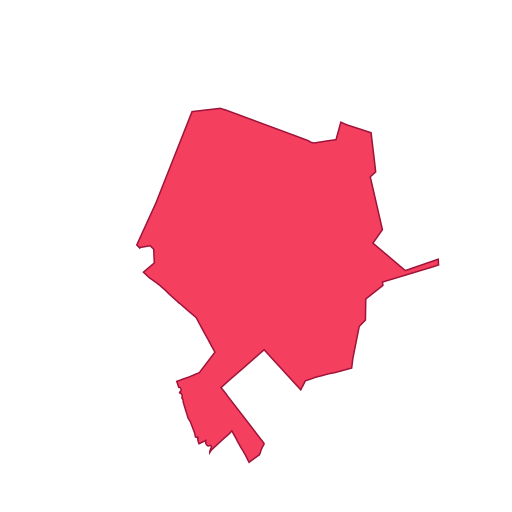 the district of San José del Progreso, Oaxaca, Mexico, rotated 228°
{"feature_id": "50627088B45737045838114", "entity_name": "San José del Progreso", "entity_type": "district", "adm_level": 2, "iso_a3": "MEX", "parent_name": "Mexico", "parent_adm1": "Oaxaca", "projection": "natural_earth1", "projection_center": [-96.692, 16.675], "detail": "fine", "context": "isolated", "style": "filled", "palette": "rose", "viewbox_px": 512, "rotation_deg": 228, "n_neighbors": 0, "source": "geoboundaries", "source_scale": "gbopen_adm2", "svg_char_len": 4604}
<svg xmlns="http://www.w3.org/2000/svg" viewBox="0 0 512 512"><g transform="rotate(228 256 256)"><path d="M111.4,136.6L111.9,136.7L112.3,136.7L112.6,136.7L112.9,136.7L113.3,136.8L114.4,136.9L115.9,137.0L116.9,137.0L117.8,137.1L120.4,137.3L124.8,137.6L126.2,137.8L127.8,137.9L130.0,138.1L155.5,140.0L171.5,141.2L172.4,141.3L173.2,141.5L181.7,142.0L181.6,143.2L181.6,143.5L181.6,151.5L181.6,153.4L181.3,168.5L181.2,176.1L180.9,199.3L175.3,199.3L174.8,199.4L171.3,199.3L164.9,199.4L155.8,199.5L154.6,199.5L153.0,199.5L151.8,199.5L150.3,199.5L149.9,199.5L148.6,199.5L147.6,199.5L142.7,199.6L137.0,199.6L127.8,199.7L127.6,199.7L126.6,199.7L127.7,202.5L128.2,204.1L128.9,205.8L129.2,206.6L130.0,208.5L130.2,209.2L128.6,212.9L128.5,213.0L126.2,218.7L125.8,219.5L125.6,219.7L125.3,220.5L125.1,221.1L124.7,221.8L124.4,222.2L122.9,225.0L122.6,225.5L122.4,226.0L121.0,228.9L120.6,229.8L119.9,231.0L119.5,231.7L119.3,232.1L116.2,237.2L116.0,237.6L115.8,238.1L113.9,241.8L113.6,242.4L108.7,252.1L114.8,259.1L134.6,285.6L135.2,294.5L150.6,308.8L149.2,330.6L152.0,332.6L129.2,381.0L127.2,385.7L131.7,389.3L145.3,357.2L187.3,351.5L191.0,367.6L191.4,367.8L238.4,393.9L238.4,401.2L245.5,406.3L270.6,424.0L293.2,411.0L293.7,410.8L298.7,408.6L288.9,393.3L293.2,387.0L301.1,374.8L302.4,373.8L303.9,372.8L306.8,372.0L385.3,330.9L385.2,330.8L389.6,328.3L406.1,305.1L362.5,217.4L344.0,174.8L339.7,174.9L339.6,176.0L334.4,184.2L329.5,184.5L318.9,175.8L318.9,174.3L319.0,172.6L319.0,171.5L319.0,171.3L319.0,170.3L319.1,170.0L319.2,165.5L319.2,164.8L319.3,162.1L319.3,161.5L311.0,162.2L306.4,163.3L305.6,163.4L305.3,163.5L304.8,163.6L303.2,164.0L301.0,164.4L297.8,165.0L295.9,165.1L293.3,165.5L292.4,165.6L292.0,165.6L290.8,165.7L290.1,165.8L287.3,165.9L287.2,165.9L284.9,166.1L284.7,166.1L281.4,166.5L281.1,166.4L279.5,166.7L275.9,167.0L275.7,167.1L272.5,167.3L272.4,167.3L272.0,167.6L269.0,168.0L267.7,168.1L265.9,168.3L263.8,168.6L261.7,168.8L257.7,169.3L257.2,169.4L255.2,169.7L250.4,170.3L249.3,170.1L248.1,169.8L242.5,168.4L241.1,168.1L240.2,167.8L237.6,167.2L235.4,166.7L233.3,166.1L231.7,165.8L230.5,165.5L229.0,165.2L228.7,165.1L227.8,164.9L227.3,164.8L226.3,164.6L225.9,164.5L224.6,164.1L224.3,164.0L223.0,163.8L222.5,163.6L222.3,163.6L221.3,163.4L220.7,163.2L220.3,163.1L220.2,163.0L218.2,162.6L217.8,162.5L215.2,161.9L212.7,161.3L212.0,161.1L207.2,135.7L208.4,132.7L209.8,128.4L209.9,128.2L210.7,125.8L211.2,124.6L213.7,118.8L213.9,118.2L214.1,117.5L214.3,117.1L214.4,116.8L214.5,116.5L215.9,113.2L215.0,112.8L214.9,112.8L214.4,112.6L213.6,112.2L213.2,112.1L212.9,111.9L210.1,110.7L209.9,110.9L209.7,111.2L209.3,111.5L209.0,111.6L208.8,111.5L208.4,111.4L208.1,111.4L207.2,111.2L206.6,110.9L206.2,110.2L206.0,109.9L206.0,109.5L206.0,109.0L205.9,108.4L205.7,108.0L205.5,107.7L205.2,107.7L204.9,107.8L204.7,107.9L204.6,108.2L204.4,108.4L204.1,108.4L203.9,108.4L203.6,108.3L203.4,108.2L203.0,108.2L202.5,108.1L202.0,108.0L201.6,107.6L201.1,107.3L200.8,106.9L200.6,106.6L200.5,106.3L200.3,106.2L200.1,106.0L199.8,105.8L199.5,105.8L199.2,105.8L198.9,105.8L198.5,105.7L198.1,105.5L197.7,105.4L197.3,105.2L197.0,105.0L196.8,104.8L196.6,104.5L196.5,104.4L196.4,104.3L196.1,104.1L195.2,103.7L187.4,100.0L186.8,99.8L185.5,99.2L184.9,98.9L184.4,98.7L184.0,98.5L183.5,98.3L183.0,98.0L182.1,97.6L181.5,97.3L181.1,97.1L180.8,97.0L176.8,96.3L176.3,96.1L175.9,96.0L175.7,95.9L175.4,95.8L175.1,95.7L174.7,95.5L174.4,95.4L173.7,95.1L172.4,94.6L172.1,94.5L171.8,94.4L171.5,94.3L171.2,94.2L170.9,94.0L170.3,93.8L169.9,93.6L169.6,93.5L169.2,93.4L168.4,93.1L167.3,92.7L166.8,92.5L166.5,92.3L166.4,92.3L165.9,92.1L165.5,91.9L164.9,91.6L164.2,91.2L163.9,91.0L163.3,90.7L163.2,90.6L162.8,90.4L162.6,90.3L162.3,90.2L162.2,90.0L161.5,90.1L160.8,90.6L160.5,91.5L159.9,91.4L159.6,91.1L159.2,90.7L159.0,90.3L158.7,90.0L157.9,89.5L157.1,89.1L155.5,88.3L154.6,88.0L152.5,95.3L151.4,94.0L150.3,93.3L149.1,93.0L148.7,92.9L147.3,93.1L147.0,93.3L146.5,93.8L145.5,95.6L145.1,95.6L144.6,95.5L144.2,95.3L143.8,95.1L143.7,94.9L143.0,93.0L142.4,92.1L141.9,91.3L141.1,90.4L140.9,90.2L141.6,92.6L141.7,94.8L141.9,107.9L141.9,109.9L141.8,117.0L142.2,121.0L137.0,119.8L132.6,118.8L131.4,118.4L125.4,117.0L121.6,116.2L121.5,116.3L121.2,116.3L119.4,115.9L118.3,115.5L117.4,115.4L116.4,115.2L115.5,115.0L114.7,114.8L113.3,114.4L112.3,114.2L110.7,113.7L109.8,113.4L108.7,113.2L108.1,113.1L107.6,113.0L107.6,112.9L107.3,112.8L107.2,114.1L107.0,116.3L106.7,119.4L106.5,120.8L106.3,122.6L106.2,124.4L105.9,125.3L106.9,127.5L108.1,129.3L108.8,130.8L109.5,132.4L110.1,134.0L110.5,135.3L110.9,136.2L111.4,136.6Z" fill="#f43f5e" stroke="#9f1239" stroke-width="1.5"/></g></svg>